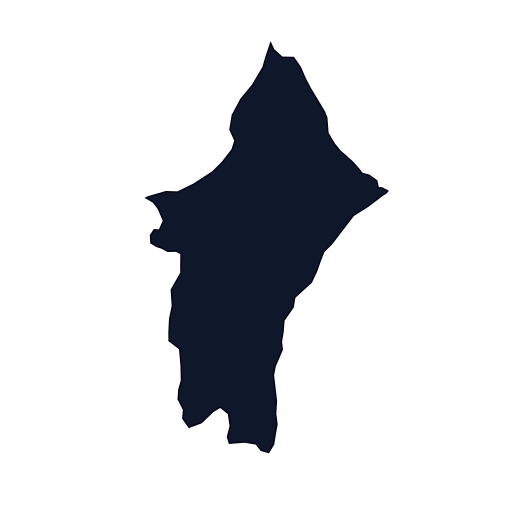 Softades, Larnaca, Cyprus, rotated 329°
{"feature_id": "46923920B50820713995744", "entity_name": "Softades", "entity_type": "district", "adm_level": 2, "iso_a3": "CYP", "parent_name": "Cyprus", "parent_adm1": "Larnaca", "projection": "robinson", "projection_center": [33.542, 34.822], "detail": "fine", "context": "isolated", "style": "filled", "palette": "ink", "viewbox_px": 512, "rotation_deg": 329, "n_neighbors": 0, "source": "geoboundaries", "source_scale": "gbopen_adm2", "svg_char_len": 1402}
<svg xmlns="http://www.w3.org/2000/svg" viewBox="0 0 512 512"><g transform="rotate(329 256 256)"><path d="M191.7,149.6L195.7,156.8L196.7,164.9L194.9,178.1L186.5,184.1L182.2,181.1L176.3,183.9L172.7,190.7L176.0,196.8L179.3,200.6L182.7,206.4L190.1,210.7L192.9,215.5L189.6,220.9L185.7,227.2L183.2,231.7L166.0,241.4L158.6,255.8L149.7,265.4L142.2,276.6L137.9,283.9L142.8,296.3L135.2,311.8L128.0,324.4L121.2,330.7L115.6,338.7L114.8,350.5L109.6,357.6L110.4,368.3L123.2,370.7L139.2,367.1L147.6,367.1L151.2,377.0L146.4,388.5L138.4,396.4L136.8,402.8L150.4,409.5L159.2,417.0L160.4,425.3L163.4,428.5L165.6,430.9L174.0,426.5L179.6,419.8L187.2,411.1L191.6,401.2L198.7,390.9L202.3,383.0L209.5,367.1L215.5,360.4L230.3,349.7L233.5,342.6L239.9,335.1L246.7,325.6L261.5,318.9L267.9,311.4L289.9,307.0L299.9,300.3L309.5,292.4L316.3,287.2L327.1,284.5L340.3,279.3L360.3,271.4L377.8,271.0L395.8,269.0L399.8,269.0L402.4,268.2L399.0,262.5L395.9,260.5L398.2,253.6L394.5,245.0L389.4,239.8L388.9,234.6L387.4,226.2L385.0,218.1L382.2,209.5L380.9,200.3L380.9,187.7L387.8,174.0L388.9,167.7L388.9,150.7L388.9,139.8L389.6,129.0L391.2,117.1L390.4,105.2L380.7,99.1L377.4,88.2L378.2,81.1L366.6,91.0L359.4,97.8L341.0,107.7L323.9,113.8L308.3,123.1L298.8,134.3L297.5,146.2L290.4,152.5L275.5,158.3L262.2,161.6L239.2,162.4L235.9,162.1L221.8,160.9L211.8,154.5L193.7,149.7L191.7,149.6Z" fill="#0f172a" stroke="#020617" stroke-width="1.5"/></g></svg>